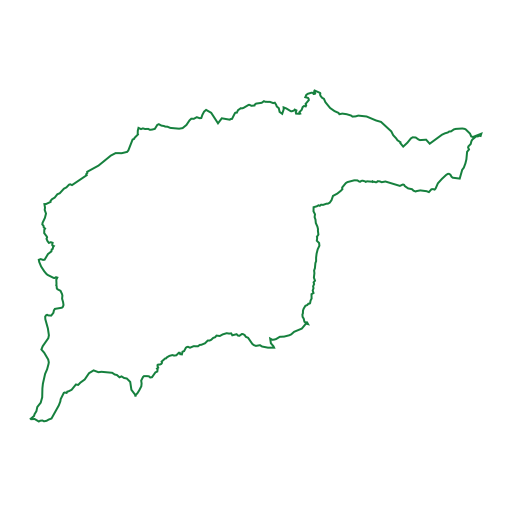 outline of San Miguel, Bolivar, Ecuador
{"feature_id": "8360857B61039226108204", "entity_name": "San Miguel", "entity_type": "district", "adm_level": 2, "iso_a3": "ECU", "parent_name": "Ecuador", "parent_adm1": "Bolivar", "projection": "robinson", "projection_center": [-79.097, -1.812], "detail": "fine", "context": "isolated", "style": "outline", "palette": "green", "viewbox_px": 512, "rotation_deg": 0, "n_neighbors": 0, "source": "geoboundaries", "source_scale": "gbopen_adm2", "svg_char_len": 5983}
<svg xmlns="http://www.w3.org/2000/svg" viewBox="0 0 512 512"><path d="M31.1,419.2L34.6,419.0L38.8,421.5L40.3,420.7L42.4,420.5L44.0,421.3L46.6,420.8L48.6,419.6L51.5,418.5L58.8,405.4L60.3,401.5L60.7,399.1L63.8,392.9L64.7,392.5L66.6,392.9L67.3,391.6L68.4,391.4L71.6,389.8L75.9,384.5L78.2,384.9L80.4,382.6L84.7,379.5L89.0,373.2L93.6,370.4L98.4,372.2L101.5,371.8L112.2,372.8L114.7,374.5L116.9,375.0L119.5,377.3L121.5,376.4L124.1,378.0L126.8,378.5L130.2,381.9L131.4,389.8L135.1,394.7L135.4,396.5L136.0,394.6L137.3,393.4L139.2,390.4L141.3,386.3L141.6,383.5L141.2,380.6L143.0,377.0L144.0,376.1L146.6,376.1L148.9,376.3L150.2,377.5L152.0,377.2L155.4,372.4L157.3,371.5L157.6,369.4L157.0,368.6L158.2,367.7L157.5,366.0L157.5,365.1L158.1,364.6L160.0,364.5L161.3,363.9L162.0,362.8L161.6,361.6L165.1,358.5L166.2,358.3L166.8,357.4L169.4,355.9L171.5,355.3L172.7,355.1L174.0,355.6L176.3,355.3L178.9,352.7L179.8,352.8L180.2,354.2L181.9,354.4L182.5,351.7L184.1,351.1L185.9,347.7L187.0,347.0L188.0,346.8L190.0,347.7L193.6,346.2L197.9,346.3L199.8,344.9L201.3,344.8L205.0,343.3L207.8,340.5L209.7,340.5L211.2,339.8L213.2,337.9L215.2,337.2L216.5,335.6L219.8,336.0L222.7,334.4L226.7,333.2L229.1,333.6L231.2,333.4L232.3,335.3L236.6,334.2L238.0,335.6L239.4,335.8L241.9,334.0L242.9,334.1L244.6,335.0L245.8,336.8L248.1,337.8L252.3,343.9L253.8,345.1L255.9,345.9L260.0,345.2L262.0,346.5L268.1,347.7L274.1,347.7L273.4,346.2L270.9,343.3L270.2,338.6L272.4,339.8L274.1,339.6L276.0,339.1L279.8,336.8L284.1,336.6L289.2,335.3L291.2,334.4L294.1,331.8L301.8,328.6L306.0,323.6L308.0,324.1L307.0,322.3L305.1,322.3L304.4,321.7L303.7,318.6L302.6,316.9L302.4,314.6L302.9,313.3L303.0,310.6L303.7,308.6L305.4,305.8L307.3,305.0L308.4,303.7L309.6,303.6L310.1,303.1L310.6,300.5L311.6,298.5L311.5,294.2L313.5,293.0L312.7,290.5L313.5,288.2L313.1,286.3L314.1,284.1L313.6,282.3L315.0,280.7L313.9,277.6L314.4,273.2L314.1,270.5L314.9,268.2L315.4,263.0L316.1,261.2L316.1,257.6L316.6,253.6L317.7,249.3L319.4,245.7L319.1,243.0L316.8,240.7L317.2,237.9L316.9,236.8L318.4,234.6L317.9,230.7L318.0,229.1L317.4,226.6L315.8,223.0L315.5,219.7L314.6,217.1L315.0,214.3L313.5,211.3L313.6,207.2L316.8,206.3L318.5,205.3L319.8,205.8L321.1,204.7L323.0,204.9L326.5,203.7L327.8,203.7L329.7,202.7L331.5,200.2L333.0,195.9L337.3,193.6L340.8,190.8L342.4,189.2L342.1,187.9L342.4,187.2L345.8,183.1L347.4,182.1L354.3,180.3L357.4,180.4L359.3,181.6L360.3,181.7L361.3,180.9L362.7,180.7L365.1,181.4L365.7,181.9L367.1,181.3L371.7,181.7L372.4,181.3L372.8,182.0L373.9,181.7L375.9,182.3L376.6,182.2L377.7,181.2L379.8,181.4L381.7,182.2L385.4,181.5L399.9,185.9L402.6,184.6L403.4,184.6L404.1,184.9L404.8,186.1L408.1,188.4L412.0,189.2L413.5,190.7L415.7,191.5L416.5,191.1L420.3,190.4L426.6,191.2L428.9,192.1L431.4,189.3L433.0,189.1L434.6,189.6L435.6,188.5L437.9,183.3L442.0,178.8L446.2,174.9L447.8,173.9L448.9,173.8L450.4,174.7L451.5,176.7L452.7,177.7L459.7,178.6L462.2,169.8L463.8,167.7L465.4,163.4L466.4,159.3L467.1,151.8L469.0,149.5L468.1,147.5L468.4,146.4L470.7,144.0L471.4,141.2L472.3,139.6L476.1,136.4L477.9,136.4L479.2,135.7L480.6,136.0L481.3,133.7L472.9,137.0L471.2,136.4L470.0,133.6L465.7,129.4L464.7,128.9L462.4,128.5L455.8,128.9L453.9,129.4L451.0,131.4L449.2,131.5L447.8,132.5L445.0,133.3L442.0,134.7L429.7,143.7L426.1,139.7L420.0,140.1L418.5,139.5L415.7,137.5L412.7,137.3L410.9,138.4L407.4,142.7L403.2,146.6L400.3,143.1L400.5,142.3L397.4,140.2L396.2,138.4L393.2,135.2L391.3,131.4L381.0,121.9L376.1,120.5L366.6,116.5L358.3,115.6L355.6,116.4L352.5,116.6L351.0,115.5L346.6,114.2L342.3,113.6L339.4,114.2L338.5,112.9L334.5,111.1L330.1,108.0L325.4,102.2L323.9,98.8L322.1,97.8L320.7,96.1L320.1,94.8L320.3,93.3L320.0,92.9L314.6,90.5L314.2,91.2L315.2,93.3L314.9,93.8L313.6,94.0L313.0,92.9L311.5,92.7L307.8,93.8L306.3,94.9L305.3,97.2L308.0,97.9L308.7,99.0L308.8,100.1L305.6,103.9L306.2,105.3L305.7,106.4L304.0,106.0L302.7,107.0L301.7,109.8L299.4,112.2L300.2,113.6L299.5,113.8L296.1,113.6L295.8,112.3L296.4,110.4L294.7,109.6L294.1,110.5L291.7,111.3L290.8,111.2L286.4,108.5L283.6,107.4L283.7,109.3L282.2,113.8L279.6,111.9L278.8,108.2L276.8,106.5L276.1,104.7L274.8,102.7L273.2,103.1L270.0,101.9L265.4,101.8L263.9,101.2L261.7,102.8L256.1,103.6L254.8,104.6L254.5,105.5L251.4,105.8L249.6,104.9L248.6,104.9L243.5,107.9L241.9,108.4L240.8,108.2L238.0,110.2L236.8,112.7L235.4,112.7L235.0,113.0L232.0,118.9L230.4,119.1L229.8,119.7L221.8,118.3L218.0,123.3L211.2,112.8L206.1,109.9L204.1,111.6L202.4,114.8L201.3,118.0L199.7,118.2L196.8,117.2L193.8,118.8L191.3,118.7L189.5,120.4L186.4,125.0L182.6,128.1L179.1,128.7L170.3,127.9L167.4,126.7L165.2,126.6L163.9,126.0L161.4,125.6L158.8,124.2L157.3,124.9L154.8,128.9L152.0,129.6L149.9,129.8L148.2,128.9L145.0,129.0L142.9,128.4L141.0,129.1L138.5,127.9L137.8,130.7L137.7,133.7L138.0,134.4L134.6,137.8L134.1,138.9L132.6,139.5L128.3,150.5L127.1,151.9L121.7,153.2L115.6,153.1L110.8,155.6L98.5,165.6L87.2,171.8L87.3,173.0L86.2,174.2L86.7,175.2L72.0,185.1L70.2,184.3L69.0,184.7L66.4,187.4L63.9,188.7L59.7,193.3L57.4,194.2L54.7,197.6L52.0,199.2L50.6,200.8L50.6,201.9L46.1,204.0L44.4,204.1L45.0,207.6L44.7,209.9L46.0,213.6L44.9,217.9L42.6,222.7L42.3,224.4L43.6,226.0L43.7,227.3L45.1,228.6L44.3,229.7L44.2,233.1L46.9,236.7L47.1,237.4L46.5,238.8L47.5,241.1L48.9,242.9L50.8,242.2L52.6,242.8L52.2,245.0L52.7,245.7L53.8,246.1L53.1,247.1L52.7,248.9L51.7,249.5L51.4,251.4L48.0,254.0L44.6,259.7L43.1,259.9L40.7,259.1L38.8,259.8L39.2,261.9L41.1,266.5L44.3,271.4L46.4,273.9L47.6,274.9L53.6,277.9L54.6,278.0L56.0,277.2L57.3,277.6L56.3,279.7L56.5,284.3L56.2,285.2L56.6,285.8L56.8,288.3L57.4,289.2L60.5,290.8L62.0,294.0L62.4,295.6L62.1,298.7L63.1,302.2L63.5,305.0L62.9,306.8L61.9,307.7L54.9,308.9L53.9,310.4L53.4,312.8L51.2,315.6L48.2,315.4L47.1,314.8L46.2,315.2L45.2,316.6L45.3,319.1L47.9,328.5L48.9,335.3L48.3,338.2L42.7,346.2L41.4,349.5L44.2,352.7L48.2,359.5L48.8,362.3L48.5,364.1L47.1,369.3L45.1,373.9L42.9,383.7L42.4,388.4L42.2,397.3L40.7,402.7L37.3,407.0L36.4,411.2L34.6,414.1L34.0,416.0L30.7,418.8L31.1,419.2Z" fill="none" stroke="#15803d" stroke-width="2"/></svg>